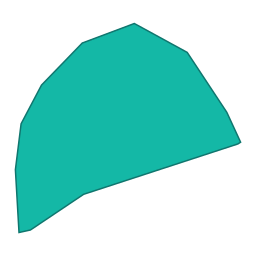 outline of Saint Lucy
{"feature_id": "BRB-1995", "entity_name": "Saint Lucy", "entity_type": "Parish", "adm_level": 1, "iso_a3": "BRB", "parent_name": "Barbados", "parent_adm1": "", "projection": "orthographic", "projection_center": [-59.624, 13.309], "detail": "fine", "context": "isolated", "style": "filled", "palette": "teal", "viewbox_px": 256, "rotation_deg": 0, "n_neighbors": 0, "source": "natural_earth", "source_scale": "10m", "svg_char_len": 276}
<svg xmlns="http://www.w3.org/2000/svg" viewBox="0 0 256 256"><path d="M19.0,232.5L15.4,169.7L21.1,123.8L41.5,85.1L82.3,43.0L134.3,23.5L187.2,52.4L226.8,112.3L240.6,142.2L238.0,143.9L83.6,194.3L30.4,230.0L19.0,232.5Z" fill="#14b8a6" stroke="#0f766e" stroke-width="1.5"/></svg>